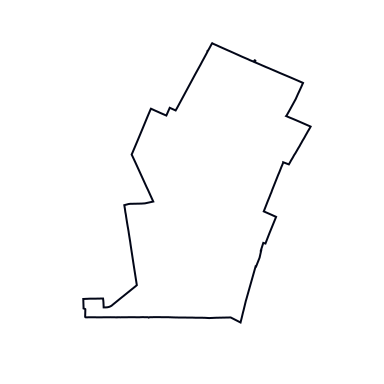 Rosiori, Braila, Romania (Albers equal-area conic projection), rotated 255°
{"feature_id": "2599482B90808426082179", "entity_name": "Rosiori", "entity_type": "district", "adm_level": 2, "iso_a3": "ROU", "parent_name": "Romania", "parent_adm1": "Braila", "projection": "albers", "projection_center": [27.361, 44.829], "detail": "fine", "context": "isolated", "style": "outline", "palette": "ink", "viewbox_px": 384, "rotation_deg": 255, "n_neighbors": 0, "source": "geoboundaries", "source_scale": "gbopen_adm2", "svg_char_len": 3261}
<svg xmlns="http://www.w3.org/2000/svg" viewBox="0 0 384 384"><g transform="rotate(255 192 192)"><path d="M318.2,265.0L318.3,264.9L319.3,263.6L320.6,262.0L325.7,255.7L326.3,255.0L327.7,253.3L329.2,251.4L329.3,251.3L329.6,250.9L330.1,250.2L330.4,250.2L330.5,250.1L330.5,249.9L326.8,246.4L324.3,244.0L324.4,243.7L324.2,243.4L323.9,243.3L323.7,243.1L323.2,243.0L317.9,238.0L315.5,235.7L313.0,233.4L304.7,225.4L303.1,223.9L277.1,199.4L275.0,197.3L279.1,192.3L277.6,191.1L274.1,188.3L272.5,187.0L276.3,182.2L277.7,180.5L280.2,177.4L283.1,173.9L282.9,173.7L276.4,168.6L265.8,160.5L257.5,154.1L254.4,151.7L244.9,144.3L243.8,143.4L242.8,143.6L235.5,144.9L227.2,146.3L208.6,149.4L205.5,150.0L199.4,151.0L192.8,152.1L192.8,151.9L193.2,143.6L193.9,140.1L196.5,129.5L196.6,129.1L196.8,127.6L196.8,124.6L196.8,123.2L195.6,123.1L193.9,122.9L193.6,122.9L189.7,122.4L188.1,122.3L187.0,122.2L186.9,122.2L185.4,122.0L179.8,121.4L177.8,121.2L174.6,120.9L174.4,120.9L173.3,120.8L170.1,120.5L169.4,120.4L164.8,119.9L159.9,119.4L158.3,119.2L156.7,119.0L136.9,116.8L116.3,114.6L115.7,113.4L107.8,95.5L103.4,85.7L103.2,85.4L102.9,84.6L102.7,83.6L102.5,82.7L102.5,81.8L102.5,81.3L102.6,80.0L102.9,78.7L103.1,77.9L103.4,76.8L104.7,77.1L106.5,77.5L108.3,77.9L109.9,78.2L112.1,78.5L113.1,74.7L113.8,71.8L114.6,68.8L115.4,65.7L116.8,59.3L113.4,58.5L108.7,57.4L107.6,57.1L106.7,58.4L106.5,58.6L106.3,58.6L104.2,58.0L99.5,56.6L99.1,56.5L98.9,56.5L98.6,56.7L98.4,57.0L97.7,59.9L96.7,63.6L95.8,66.9L94.4,72.1L93.2,76.7L92.2,80.6L90.7,85.9L90.5,86.5L90.3,87.1L90.4,87.3L89.5,90.4L86.1,103.6L85.6,105.2L84.6,108.9L83.9,112.0L83.5,113.3L82.5,117.0L82.3,117.2L82.0,117.5L81.9,117.6L81.9,118.0L82.0,118.3L82.0,118.8L81.8,119.5L81.0,122.7L80.1,126.2L79.5,128.3L78.6,131.5L78.2,133.0L77.1,137.0L75.5,142.2L73.9,147.7L73.8,148.1L70.6,159.8L69.6,163.0L68.6,166.7L67.9,169.3L67.1,172.0L65.8,175.9L64.3,182.7L60.8,196.9L53.4,205.1L57.5,207.4L62.5,210.1L64.4,211.2L73.4,216.1L73.8,216.4L103.7,234.2L103.4,234.6L111.1,240.3L117.6,243.7L117.7,243.4L124.4,247.7L123.2,249.6L127.6,252.8L132.1,256.1L143.7,264.9L146.2,266.8L146.6,266.4L147.1,265.7L147.6,265.1L148.3,264.2L148.6,263.9L154.7,256.3L155.5,256.9L160.4,260.5L163.4,262.7L165.5,264.3L168.4,266.5L169.3,267.1L169.9,267.6L170.9,268.4L172.2,269.3L173.1,269.9L186.0,279.5L188.4,281.4L191.9,284.0L193.0,284.8L194.9,286.3L196.8,287.7L197.1,287.8L193.6,292.7L194.1,293.2L195.2,294.3L196.8,295.8L199.0,298.1L201.4,300.4L202.5,301.7L203.1,302.3L203.7,302.9L204.8,304.0L205.9,305.1L207.1,306.3L208.3,307.6L209.9,309.1L211.5,310.7L213.0,312.1L214.4,313.6L215.8,315.0L217.3,316.4L218.0,317.1L218.8,317.9L219.7,318.8L220.6,319.6L221.2,320.3L222.5,321.6L223.1,322.2L223.8,322.9L224.5,323.5L227.3,320.0L230.1,316.5L232.5,313.5L233.6,312.1L234.4,311.1L235.1,310.2L235.8,309.3L236.1,308.9L236.5,308.4L238.7,305.5L241.0,302.6L241.4,303.2L246.2,307.9L248.2,309.8L255.0,316.3L259.1,319.6L261.7,321.8L265.8,325.2L268.2,327.1L268.3,327.3L268.6,327.5L276.9,317.1L284.9,306.8L285.0,306.7L293.2,296.3L293.2,296.2L298.8,289.2L300.6,286.9L301.2,286.1L301.5,286.4L301.8,286.6L302.0,286.9L302.3,287.2L302.6,287.1L303.0,286.7L302.8,286.3L302.3,286.1L301.6,285.7L304.3,282.1L305.7,280.5L309.7,275.4L317.3,266.1L318.2,265.0Z" fill="none" stroke="#020617" stroke-width="2"/></g></svg>